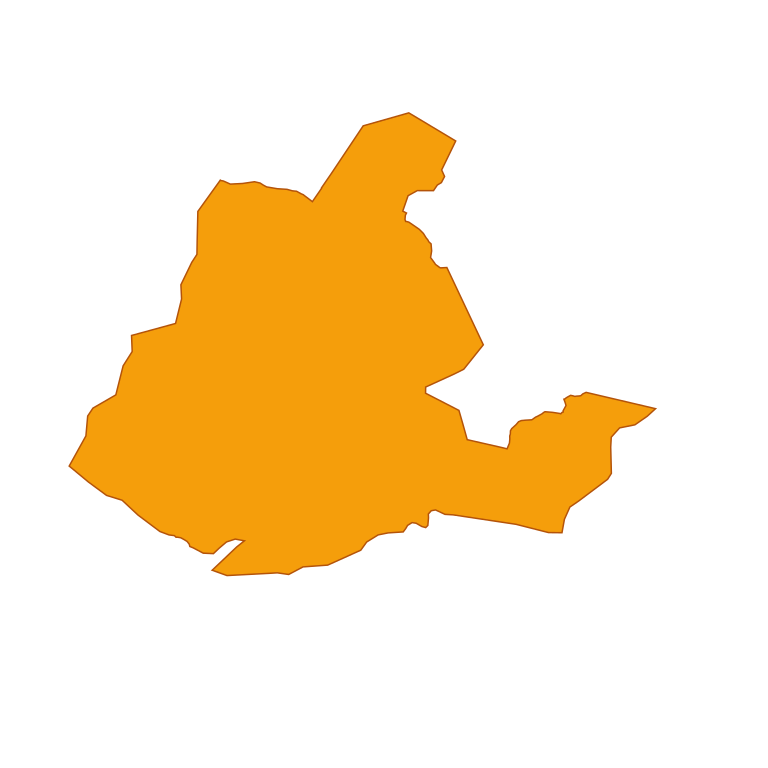 Djenne, Mopti, Mali, rotated 30°
{"feature_id": "8926073B86660589431001", "entity_name": "Djenne", "entity_type": "district", "adm_level": 2, "iso_a3": "MLI", "parent_name": "Mali", "parent_adm1": "Mopti", "projection": "albers", "projection_center": [-4.481, 14.012], "detail": "fine", "context": "isolated", "style": "filled", "palette": "amber", "viewbox_px": 768, "rotation_deg": 30, "n_neighbors": 0, "source": "geoboundaries", "source_scale": "gbopen_adm2", "svg_char_len": 2438}
<svg xmlns="http://www.w3.org/2000/svg" viewBox="0 0 768 768"><g transform="rotate(30 384 384)"><path d="M631.5,269.6L563.2,290.2L561.1,293.2L560.3,295.7L559.1,296.7L556.3,298.6L555.6,299.3L553.4,299.8L551.3,300.5L549.4,303.6L548.5,305.3L548.3,306.2L547.4,307.2L549.9,309.3L550.9,310.2L552.4,311.7L552.5,316.3L552.5,317.6L553.2,318.6L552.4,319.6L552.0,321.4L551.3,321.5L546.4,323.4L544.1,324.3L537.3,327.5L536.5,328.8L535.7,330.9L533.0,335.3L531.9,336.8L529.9,341.1L524.6,344.6L521.1,347.1L520.6,347.8L519.4,349.4L518.7,353.2L516.9,358.8L516.9,361.3L518.4,364.1L518.9,366.2L520.5,368.8L522.2,372.5L523.0,378.6L518.9,379.8L483.9,390.6L473.4,380.3L462.1,369.4L424.6,371.2L421.6,365.8L439.9,340.1L445.7,331.3L450.4,300.4L380.2,251.7L377.0,253.8L375.0,255.1L374.1,255.3L373.4,255.2L368.8,254.7L368.4,254.5L367.5,254.0L361.1,251.2L360.1,248.5L359.6,247.2L358.7,244.9L354.7,239.1L351.6,238.4L350.4,237.6L349.3,237.0L348.2,236.7L347.3,236.3L342.8,233.9L337.2,232.4L324.6,231.4L323.4,231.7L322.0,232.1L321.5,232.4L319.9,231.0L318.1,227.1L318.0,224.7L313.8,224.9L310.7,208.9L316.1,199.9L330.2,191.8L330.7,185.0L333.0,180.9L332.7,174.0L326.9,169.8L324.6,137.7L269.9,136.8L236.9,170.8L233.2,227.4L231.8,245.4L231.8,245.5L232.1,245.7L230.8,261.9L226.2,261.3L220.6,260.6L219.5,260.4L217.2,260.7L211.9,260.8L208.1,262.5L202.7,263.9L194.0,268.2L183.8,272.0L180.1,272.1L176.2,271.9L170.7,273.6L161.2,281.1L151.0,287.7L143.4,288.5L140.6,289.5L140.3,289.4L140.3,289.6L136.5,327.6L150.6,353.4L157.2,365.3L156.7,374.8L158.5,399.6L166.2,411.6L173.2,435.8L141.1,468.2L149.7,481.8L149.0,498.7L157.2,527.5L144.0,550.4L143.4,559.9L151.8,578.0L152.4,612.5L164.9,614.6L177.2,616.7L199.4,619.2L215.3,615.6L236.5,620.5L263.7,623.8L273.3,622.2L278.3,620.1L280.5,620.7L281.6,620.0L284.8,618.8L288.5,618.7L292.2,618.8L295.4,620.1L297.1,621.8L300.7,621.3L312.0,620.9L321.1,616.2L323.4,608.4L326.6,599.5L332.7,592.7L341.5,589.6L337.9,598.8L328.3,631.2L343.8,628.4L379.5,605.2L386.0,600.9L396.7,596.6L405.3,582.9L425.8,569.0L447.0,539.5L448.0,529.5L454.4,517.6L462.0,510.9L474.6,502.5L475.1,498.3L475.1,494.7L477.6,490.0L481.5,488.5L488.0,488.5L491.9,487.5L492.7,484.6L489.5,477.7L487.4,474.4L488.3,470.1L491.6,467.3L502.0,466.4L509.2,462.8L568.5,439.5L600.8,430.4L612.5,423.8L607.9,411.0L606.5,397.6L611.2,387.8L625.3,354.7L625.6,347.7L611.9,325.3L607.4,316.4L610.0,304.2L621.7,293.9L628.1,280.3L631.5,269.6Z" fill="#f59e0b" stroke="#b45309" stroke-width="1.5"/></g></svg>